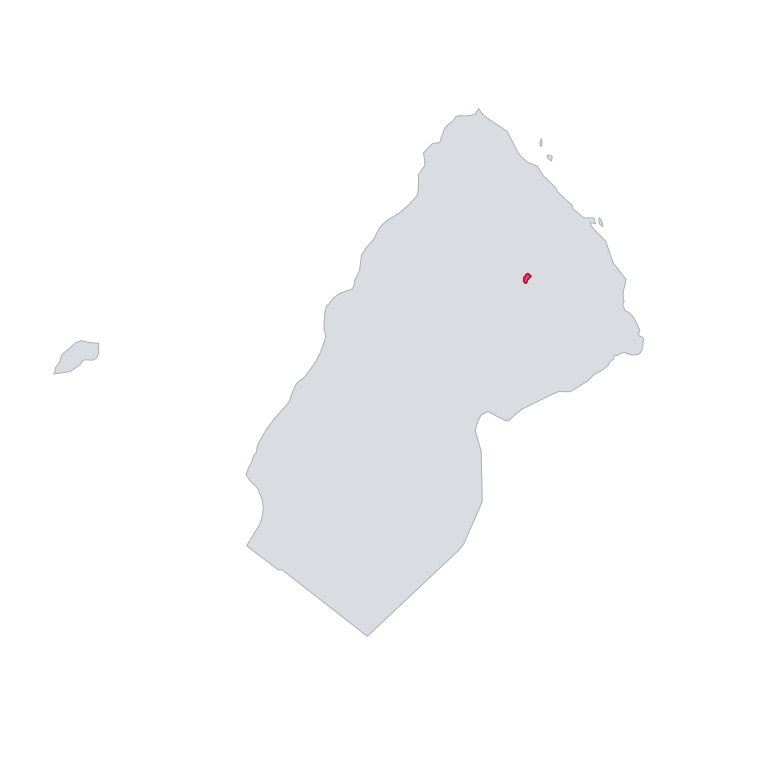 location of Harib Al Qaramish, Sana'a, Yemen, rotated 147°
{"feature_id": "15242507B30866630212876", "entity_name": "Harib Al Qaramish", "entity_type": "district", "adm_level": 2, "iso_a3": "YEM", "parent_name": "Yemen", "parent_adm1": "Sana'a", "projection": "equal_earth", "projection_center": [44.65, 15.466], "detail": "fine", "context": "in_parent", "style": "filled", "palette": "rose", "viewbox_px": 768, "rotation_deg": 147, "n_neighbors": 0, "source": "geoboundaries", "source_scale": "gbopen_adm2", "svg_char_len": 3789}
<svg xmlns="http://www.w3.org/2000/svg" viewBox="0 0 768 768"><g transform="rotate(147 384 384)"><path d="M587.3,323.1L564.8,333.9L558.8,338.6L553.5,344.6L549.5,352.0L546.8,365.0L549.1,376.9L549.0,383.2L543.2,387.5L537.7,390.5L531.7,395.2L528.0,396.3L525.0,400.0L521.5,402.6L508.9,409.3L495.1,414.5L473.1,420.7L464.6,427.5L456.9,432.1L445.2,433.5L429.0,439.9L420.1,445.1L409.0,453.5L406.5,456.1L404.6,462.3L401.2,467.6L394.5,476.4L389.5,480.9L386.1,481.1L379.6,483.6L371.8,484.1L358.8,481.0L355.4,483.1L352.7,486.5L342.7,492.5L332.5,504.5L325.0,507.7L312.9,511.5L304.5,516.5L298.8,518.5L291.5,519.6L277.9,519.0L265.1,520.8L253.2,524.2L247.6,530.7L241.2,540.8L230.8,545.0L228.4,548.7L225.1,556.2L218.4,558.1L212.3,559.3L206.0,556.1L194.3,565.1L189.8,566.6L183.0,567.0L178.2,568.9L174.8,568.3L170.5,564.8L161.4,560.5L154.7,563.3L154.2,554.7L143.2,528.6L145.5,505.9L145.5,502.7L143.3,492.5L136.8,483.2L137.0,471.5L134.8,463.1L133.1,454.5L133.7,452.2L133.8,450.1L130.5,436.9L129.4,434.2L129.0,431.4L130.1,429.3L130.0,426.8L128.3,422.7L126.4,415.0L117.5,408.9L119.3,403.2L121.1,405.2L123.4,406.9L123.9,403.2L123.9,400.5L120.3,383.3L125.9,360.4L124.1,339.8L132.6,331.5L134.7,329.0L135.9,326.8L137.9,322.1L140.6,320.6L141.6,315.7L141.5,313.2L139.8,311.1L138.5,305.3L139.0,298.0L139.4,295.0L140.3,289.4L143.3,287.3L144.0,285.7L141.7,282.2L141.9,280.1L146.9,274.2L148.9,272.4L152.1,270.6L154.7,270.6L157.6,271.7L160.2,273.3L162.7,276.3L165.4,279.7L169.5,281.0L172.3,280.7L174.5,282.2L176.5,281.4L178.6,279.6L182.1,279.7L185.3,277.7L194.2,276.8L202.8,277.4L211.8,275.7L220.8,275.8L229.9,276.0L231.9,276.2L233.9,277.3L241.5,282.5L247.3,283.6L258.9,285.0L271.4,286.5L282.1,287.8L291.3,286.6L298.8,285.6L300.9,285.8L303.2,289.0L307.8,297.0L312.1,304.6L319.7,305.0L324.5,302.2L329.8,298.2L333.0,295.0L336.7,282.7L339.1,274.7L344.7,265.8L349.3,258.3L355.4,248.3L358.8,242.8L365.5,232.0L371.9,227.7L384.2,219.6L396.4,211.6L404.2,206.4L411.0,204.0L422.3,202.0L435.5,199.6L448.8,197.2L462.9,194.6L478.7,191.7L489.5,189.8L503.3,187.3L514.7,185.2L524.9,183.4L535.4,181.5L537.5,187.5L539.5,193.5L541.6,199.5L543.7,205.5L545.8,211.5L547.8,217.5L549.9,223.5L552.0,229.6L554.1,235.6L556.1,241.6L558.2,247.6L560.3,253.6L562.4,259.7L564.5,265.7L566.5,271.7L568.6,277.8L570.7,283.7L573.9,285.6L575.9,291.2L578.7,299.2L581.6,307.1L584.4,315.1L587.3,323.1ZM621.4,567.1L624.2,567.8L628.4,565.7L640.6,565.4L655.4,572.2L652.6,574.0L651.0,576.5L644.6,578.7L638.2,584.0L619.6,586.5L614.1,585.1L609.5,580.0L601.1,573.4L604.4,569.2L605.0,567.3L606.3,565.5L610.9,562.3L615.6,562.8L621.4,567.1ZM123.1,485.7L122.5,486.9L121.7,486.7L118.9,483.4L122.0,479.8L123.6,483.2L123.1,485.7ZM114.5,404.6L113.0,406.0L112.6,403.6L113.6,398.3L115.0,396.8L116.0,400.7L115.4,402.9L114.5,404.6ZM121.6,501.9L118.6,503.8L120.7,499.0L122.8,498.0L123.4,498.2L121.6,501.9Z" fill="#d9dde1" stroke="#a8b0b8" stroke-width="1"/><path d="M211.0,394.2L210.9,394.0L210.9,393.8L210.9,393.7L210.9,393.4L210.8,393.2L210.8,392.9L210.8,392.6L210.7,392.4L210.7,392.1L210.7,391.9L210.7,391.7L210.5,391.4L210.4,391.4L210.4,391.5L210.0,391.5L209.9,391.6L209.7,391.2L209.2,391.2L209.1,391.3L208.7,391.6L207.2,393.0L206.5,393.1L206.4,393.2L206.1,393.2L205.6,393.3L205.2,393.4L202.0,394.3L202.0,394.5L202.0,394.9L202.1,395.0L202.3,395.1L202.5,395.2L202.5,395.3L202.6,395.5L202.6,395.8L202.6,396.1L202.6,396.3L202.4,396.4L202.3,396.5L202.5,396.9L202.7,397.2L202.9,397.5L203.1,397.9L203.1,398.0L203.2,398.3L203.5,398.4L203.8,398.4L204.5,398.4L205.1,398.4L205.4,398.3L205.8,398.2L207.6,397.0L207.8,396.9L208.0,396.9L208.4,397.0L208.6,397.2L209.1,396.5L209.2,396.4L209.3,396.2L209.5,395.9L209.6,395.7L209.8,395.5L209.8,395.3L209.9,395.2L210.0,395.2L210.2,394.9L210.3,394.9L210.5,394.7L210.8,394.4L211.0,394.2Z" fill="#f43f5e" stroke="#9f1239" stroke-width="1.5"/></g></svg>